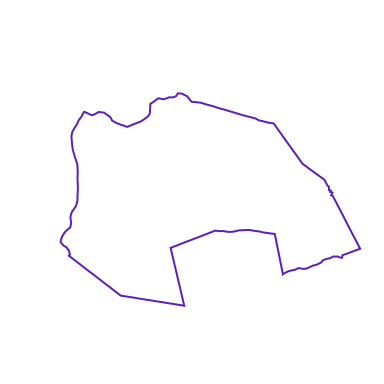 Coetzala, Veracruz, Mexico (Albers equal-area conic projection), rotated 251°
{"feature_id": "50627088B57395168555845", "entity_name": "Coetzala", "entity_type": "district", "adm_level": 2, "iso_a3": "MEX", "parent_name": "Mexico", "parent_adm1": "Veracruz", "projection": "albers", "projection_center": [-96.922, 18.775], "detail": "fine", "context": "isolated", "style": "outline", "palette": "violet", "viewbox_px": 384, "rotation_deg": 251, "n_neighbors": 0, "source": "geoboundaries", "source_scale": "gbopen_adm2", "svg_char_len": 2923}
<svg xmlns="http://www.w3.org/2000/svg" viewBox="0 0 384 384"><g transform="rotate(251 192 192)"><path d="M171.9,54.8L167.9,57.4L162.4,61.1L157.6,64.2L154.9,66.0L149.7,69.4L147.1,71.2L142.8,74.0L142.7,74.1L139.8,76.0L137.4,77.6L136.4,78.2L132.6,80.7L130.3,82.3L125.5,85.4L121.3,88.2L120.7,88.6L117.3,90.8L112.5,99.8L111.6,101.6L107.3,109.5L105.8,112.3L103.6,116.5L102.1,119.4L100.5,122.3L97.8,127.4L94.7,133.2L93.8,134.8L92.5,137.4L89.0,143.9L87.0,147.6L102.2,149.2L115.5,150.5L135.2,152.5L146.1,153.6L146.2,155.4L146.3,157.3L146.3,159.2L146.4,162.3L146.6,165.2L146.7,168.5L146.8,170.9L147.0,177.0L147.2,183.0L147.4,188.4L147.5,191.1L147.9,201.4L146.0,205.4L145.3,207.6L144.9,208.8L142.9,212.4L141.6,215.8L141.2,217.5L140.8,219.8L140.4,224.1L139.5,226.8L138.8,229.7L138.0,232.0L137.7,232.9L137.3,234.1L134.8,238.6L134.0,240.3L132.7,242.9L130.6,246.1L128.5,250.4L127.6,252.1L126.7,253.8L125.4,256.6L117.7,255.6L84.6,251.2L85.1,252.4L85.1,252.7L85.7,257.5L85.4,260.8L85.3,261.1L84.9,264.1L85.4,268.0L83.1,272.2L82.9,272.5L82.3,275.4L82.5,277.1L82.9,281.0L83.0,282.1L82.8,285.4L82.7,286.6L82.9,288.3L83.3,291.1L83.8,292.0L84.8,293.1L84.8,294.0L84.9,297.5L84.5,300.5L85.0,304.8L84.9,305.1L84.3,306.2L84.1,307.0L83.6,308.7L82.6,309.9L81.6,311.1L81.0,312.6L83.2,313.7L83.6,332.5L94.6,330.9L102.3,329.7L107.2,329.0L110.6,328.5L120.7,327.1L127.2,326.1L131.1,325.5L132.8,325.3L134.8,325.0L142.6,323.8L142.8,323.6L143.6,322.5L145.7,324.6L147.2,322.7L148.1,323.7L149.1,322.2L149.5,322.3L152.7,323.2L153.8,322.2L160.3,321.3L167.1,316.5L169.4,314.9L175.0,311.0L179.6,307.9L182.8,305.6L191.1,303.2L199.5,300.7L211.8,297.0L230.2,291.6L233.0,286.3L235.8,282.1L237.8,278.8L240.8,276.0L242.5,273.5L244.2,270.9L247.2,266.3L251.5,260.3L256.5,253.4L259.4,249.4L261.1,246.8L262.4,244.9L264.7,241.9L266.5,239.5L266.8,239.1L268.7,236.2L270.6,233.4L273.5,229.4L273.9,228.7L277.0,222.0L277.5,220.9L282.5,219.1L284.0,218.6L287.5,215.2L288.2,214.7L289.9,210.8L287.8,208.2L287.6,205.1L289.0,201.0L288.9,199.6L288.8,195.7L291.2,191.2L291.6,190.4L290.3,186.6L289.6,184.6L289.0,181.4L279.9,177.7L277.8,174.9L276.3,170.4L275.3,166.1L275.2,161.8L275.0,157.6L274.8,154.7L274.7,151.9L276.6,149.4L277.4,148.7L277.8,147.6L280.2,145.1L281.5,143.3L285.4,139.8L289.6,139.1L291.4,137.7L293.8,136.0L295.7,134.7L295.8,134.5L298.0,129.8L297.6,127.6L297.5,126.9L297.1,124.8L297.1,122.5L299.7,119.7L303.0,116.2L301.7,114.6L299.2,112.0L296.7,108.2L293.8,105.6L290.7,101.7L287.9,98.5L284.1,96.2L279.3,94.9L275.8,94.1L271.3,93.1L268.3,92.9L263.1,92.7L255.4,92.6L250.7,91.2L248.5,90.6L245.9,89.6L242.5,88.3L240.9,87.8L235.8,86.3L234.3,85.8L230.7,84.6L229.3,84.0L226.0,82.6L220.6,80.7L219.9,80.1L216.5,77.7L214.3,74.8L212.5,72.3L210.3,70.3L207.4,68.7L202.0,67.7L198.2,65.4L196.7,61.5L195.1,58.3L192.0,54.5L190.6,53.4L189.5,52.5L187.3,51.5L185.8,52.1L183.1,53.1L181.9,54.1L180.6,55.3L176.4,56.5L172.6,56.2L171.9,54.8Z" fill="none" stroke="#5b21b6" stroke-width="2"/></g></svg>